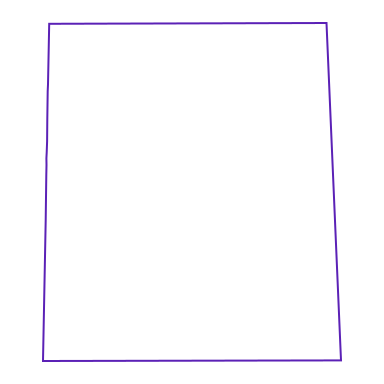 Cochran, Texas, United States of America
{"feature_id": "52423323B36453728926515", "entity_name": "Cochran", "entity_type": "district", "adm_level": 2, "iso_a3": "USA", "parent_name": "United States of America", "parent_adm1": "Texas", "projection": "albers", "projection_center": [-102.996, 33.607], "detail": "fine", "context": "isolated", "style": "outline", "palette": "violet", "viewbox_px": 384, "rotation_deg": 0, "n_neighbors": 0, "source": "geoboundaries", "source_scale": "gbopen_adm2", "svg_char_len": 301}
<svg xmlns="http://www.w3.org/2000/svg" viewBox="0 0 384 384"><path d="M45.7,220.2L43.0,360.9L43.0,361.0L341.0,360.4L326.5,23.0L49.2,23.8L48.0,84.4L47.7,91.0L47.3,118.6L47.1,141.5L46.7,152.5L46.4,158.4L46.5,165.0L46.3,174.7L45.7,220.2L45.7,220.2Z" fill="none" stroke="#5b21b6" stroke-width="2"/></svg>